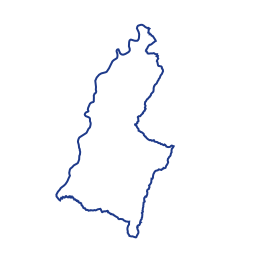 outline of Guaduas, Cundinamarca, Colombia, rotated 17°
{"feature_id": "7082276B20706046366755", "entity_name": "Guaduas", "entity_type": "district", "adm_level": 2, "iso_a3": "COL", "parent_name": "Colombia", "parent_adm1": "Cundinamarca", "projection": "orthographic", "projection_center": [-74.64, 5.204], "detail": "fine", "context": "isolated", "style": "outline", "palette": "blue", "viewbox_px": 256, "rotation_deg": 17, "n_neighbors": 0, "source": "geoboundaries", "source_scale": "gbopen_adm2", "svg_char_len": 5865}
<svg xmlns="http://www.w3.org/2000/svg" viewBox="0 0 256 256"><g transform="rotate(17 128 128)"><path d="M82.9,92.4L85.4,98.1L86.0,100.7L86.8,102.1L87.0,102.8L86.9,103.8L86.5,104.5L86.0,104.8L85.8,107.0L86.4,108.6L87.5,112.6L87.2,113.3L85.5,114.4L84.5,115.9L84.0,120.5L84.2,122.1L85.1,123.3L85.2,123.6L84.8,124.2L83.5,125.1L83.1,125.7L82.7,126.8L82.7,127.7L83.2,128.4L84.2,129.0L87.2,129.2L88.3,129.6L88.7,130.0L89.0,130.5L89.6,132.5L90.8,134.1L91.1,135.0L91.3,136.3L91.4,138.4L91.2,139.0L90.5,140.2L89.8,144.5L89.3,145.3L84.8,150.6L84.2,151.4L83.9,153.2L84.0,155.2L84.3,156.1L85.8,158.4L87.0,161.2L88.1,162.4L88.3,163.3L89.0,164.3L89.3,165.0L89.8,167.4L89.6,168.8L89.8,169.7L90.5,172.4L90.3,176.0L89.6,177.0L87.1,179.6L86.1,181.8L84.8,183.7L84.6,185.0L84.9,188.1L85.6,189.5L86.4,190.6L85.9,193.5L85.7,195.9L85.4,197.4L84.6,200.0L83.4,202.1L82.4,203.4L81.2,205.2L80.8,206.8L79.6,209.5L79.0,212.6L79.7,214.4L82.3,216.2L83.3,216.8L84.2,217.1L84.3,215.8L84.9,214.9L84.5,214.6L84.5,214.2L85.2,213.9L85.5,214.4L85.8,214.5L86.0,212.9L87.7,213.1L88.1,212.7L88.3,211.5L88.7,211.2L89.5,211.5L89.9,211.9L90.7,211.9L91.9,211.5L91.7,211.1L92.2,210.9L92.0,210.4L92.4,210.2L92.8,210.3L93.0,210.9L93.5,211.1L93.6,210.6L93.9,210.5L94.1,210.7L94.4,210.1L94.9,210.6L95.4,210.4L95.6,210.7L96.2,210.8L96.7,211.5L97.3,211.7L97.5,212.1L98.5,211.7L99.0,212.2L99.3,212.1L100.2,212.2L100.4,212.8L100.9,212.8L101.2,212.3L102.1,212.6L102.3,213.3L102.9,213.6L103.8,213.7L104.2,213.5L105.2,213.7L105.3,214.1L106.2,215.1L106.3,215.5L107.2,215.8L107.9,216.6L108.6,217.0L108.7,217.4L109.8,217.6L110.3,217.4L110.6,217.8L111.1,217.9L111.8,218.6L113.5,218.1L113.9,218.4L114.6,218.6L115.4,218.0L116.0,217.9L116.3,217.5L118.7,217.1L119.9,216.3L121.2,216.2L122.9,214.6L125.2,213.4L126.0,214.0L126.4,214.6L127.8,216.0L128.2,215.9L128.8,215.1L129.7,214.6L130.9,214.3L132.6,213.2L133.1,213.4L133.0,213.9L133.5,214.4L133.8,214.2L134.2,214.5L135.0,214.6L136.7,215.4L137.0,215.3L136.9,215.0L137.6,215.0L138.1,215.3L139.3,215.1L139.9,215.6L140.6,215.6L141.4,216.0L144.3,216.6L145.3,217.6L146.1,217.8L147.3,217.2L149.6,216.8L151.1,217.6L152.3,217.7L152.6,217.9L153.5,218.0L154.2,217.7L155.4,217.7L156.5,217.2L156.7,218.3L157.2,220.0L156.7,221.6L156.7,223.8L157.2,225.4L158.0,226.8L158.3,228.3L159.0,228.7L159.6,229.6L160.4,230.0L160.9,230.8L162.8,230.7L164.0,230.3L166.4,230.4L167.5,230.3L167.9,229.8L168.0,227.9L168.2,227.6L168.6,225.4L168.4,224.5L167.8,223.2L166.9,222.3L165.8,220.4L166.1,220.3L166.3,220.0L165.8,218.7L166.4,217.9L167.1,217.6L167.4,216.9L167.4,215.2L167.7,214.7L167.2,214.7L167.1,213.7L167.2,212.2L167.7,211.1L167.4,209.8L167.6,209.3L166.9,206.0L166.1,205.2L166.3,204.5L166.6,204.3L166.7,203.6L166.0,202.8L166.1,202.0L165.8,201.2L165.6,199.7L165.7,198.9L165.2,197.4L165.1,196.0L164.8,195.5L164.7,194.6L165.5,193.5L165.2,192.9L164.6,192.4L164.0,190.3L164.3,189.9L164.5,188.6L164.7,188.3L165.6,188.3L165.8,185.9L165.3,183.7L164.8,183.3L164.6,182.3L164.7,181.3L165.8,180.1L165.6,179.3L165.9,178.7L165.5,177.6L164.9,176.8L165.3,176.3L166.0,174.2L166.1,173.1L165.3,169.6L166.1,169.5L166.3,169.1L166.3,167.6L166.0,166.9L165.8,164.8L166.3,162.1L166.9,160.9L168.9,159.7L169.5,158.6L172.3,158.3L172.7,157.3L173.5,156.7L173.6,155.9L174.0,156.0L174.8,155.7L175.5,155.1L175.6,152.7L176.0,151.9L176.0,151.5L176.3,150.5L176.4,148.9L175.5,147.6L175.2,145.8L175.6,144.9L175.8,143.7L176.5,142.6L176.7,141.8L176.5,139.8L176.8,138.3L176.3,137.4L176.0,135.2L176.8,133.2L177.0,132.1L175.0,132.0L174.4,132.5L174.1,133.3L173.6,133.8L172.4,134.4L171.5,134.6L170.0,134.5L169.4,133.8L168.3,133.2L167.8,133.1L167.4,133.9L167.0,134.0L165.2,133.5L164.1,133.8L163.3,133.2L161.4,133.5L160.4,132.9L157.5,133.2L157.1,133.1L156.3,132.1L155.7,132.4L154.7,133.2L154.3,133.2L153.3,132.8L152.4,133.3L151.0,133.1L149.2,132.4L147.9,131.6L147.4,131.1L146.6,131.1L145.9,130.4L145.3,130.2L144.8,129.1L144.1,128.7L142.2,128.0L141.3,128.1L140.8,127.8L138.9,127.5L138.4,126.0L136.5,124.7L135.7,123.6L134.1,123.1L133.7,122.6L133.7,122.4L134.6,121.9L135.5,120.7L135.1,119.9L135.6,118.9L136.0,118.6L135.9,118.0L135.5,117.4L135.0,115.9L134.3,115.0L134.2,114.5L135.0,113.5L136.0,113.3L136.4,112.8L136.5,112.1L138.0,109.5L137.7,109.0L138.1,108.3L138.2,107.7L138.5,107.0L139.0,106.5L138.8,105.3L139.2,105.0L139.2,104.3L138.2,103.6L138.3,101.6L137.2,100.5L136.8,98.1L137.2,97.6L137.8,95.0L138.7,93.9L139.0,92.6L139.7,91.9L139.9,90.7L140.3,90.2L140.1,89.5L140.2,88.6L141.6,85.8L141.3,83.8L140.9,82.6L140.7,80.4L141.0,80.0L141.1,78.9L142.2,77.3L142.5,76.3L142.6,74.7L143.1,73.4L143.1,72.2L143.7,70.9L143.8,68.3L144.6,66.3L144.9,63.4L144.1,61.8L143.4,61.5L142.9,61.0L142.7,60.1L142.2,59.6L141.8,59.4L139.0,59.7L138.3,59.1L136.8,56.3L136.0,55.6L136.1,54.5L136.6,52.8L135.6,51.6L135.6,50.9L135.2,50.9L135.4,50.7L135.3,50.4L135.4,50.2L135.2,50.1L135.0,50.3L134.5,49.9L134.4,49.5L133.8,49.5L133.9,49.0L132.6,49.4L131.2,48.9L130.7,48.9L129.9,49.4L127.9,50.0L126.2,50.8L125.2,50.9L124.9,50.9L124.2,49.9L123.2,49.6L123.0,49.2L122.6,49.0L122.8,48.4L122.5,47.9L122.6,47.5L123.1,46.4L123.2,45.0L123.8,43.0L124.3,42.1L124.9,42.0L125.5,41.5L126.6,40.1L127.0,39.3L128.1,37.9L128.5,37.1L129.1,36.6L128.3,35.7L124.9,32.9L123.5,32.8L122.8,32.0L121.7,31.8L121.5,31.6L121.2,31.9L120.9,31.2L119.5,30.9L119.4,29.0L118.9,28.0L119.5,26.7L118.7,26.5L119.0,25.7L118.5,26.3L117.0,26.7L115.1,26.4L113.1,25.5L111.6,25.2L110.6,25.4L109.9,25.7L108.0,27.0L107.6,27.5L107.3,28.5L107.4,30.1L110.1,33.1L111.3,35.1L112.1,38.5L112.2,39.8L111.8,41.3L111.4,41.8L109.8,42.4L108.6,42.6L105.0,42.6L104.6,42.8L104.0,43.7L103.9,44.3L104.0,45.6L105.0,49.6L106.5,51.8L107.0,53.4L106.7,54.5L106.2,55.4L103.9,57.9L102.3,59.1L100.9,59.5L99.9,59.4L98.6,58.8L95.9,55.6L95.4,55.7L94.7,56.3L94.5,57.2L94.7,58.1L96.2,60.3L96.9,62.1L97.1,64.0L96.7,64.8L94.5,67.3L93.6,68.9L92.4,76.4L91.2,80.4L90.4,81.2L86.5,83.6L84.8,85.5L83.3,88.9L82.9,92.4Z" fill="none" stroke="#1e3a8a" stroke-width="2"/></g></svg>